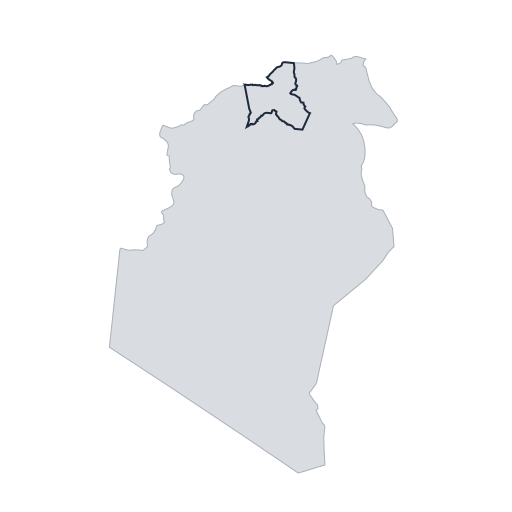 Chad, with Moyen-Chari highlighted, rotated 187°
{"feature_id": "TCD-5583", "entity_name": "Moyen-Chari", "entity_type": "Prefecture", "adm_level": 1, "iso_a3": "TCD", "parent_name": "Chad", "parent_adm1": "", "projection": "albers", "projection_center": [18.828, 9.32], "detail": "fine", "context": "in_parent", "style": "outline", "palette": "slate", "viewbox_px": 512, "rotation_deg": 187, "n_neighbors": 0, "source": "natural_earth", "source_scale": "10m", "svg_char_len": 8069}
<svg xmlns="http://www.w3.org/2000/svg" viewBox="0 0 512 512"><g transform="rotate(187 256 256)"><path d="M390.4,147.6L390.6,159.2L390.7,170.9L390.9,182.6L391.1,194.3L391.3,206.1L391.5,217.8L391.6,229.6L391.8,241.3L391.9,245.3L391.6,246.8L391.4,247.0L390.9,247.3L384.8,246.3L382.1,246.3L378.4,247.2L372.9,247.7L369.3,247.6L366.8,249.7L364.9,252.1L365.9,258.0L365.7,259.9L365.0,261.9L363.4,263.7L361.7,265.1L360.7,266.3L359.5,269.0L358.6,270.2L358.7,271.9L358.4,273.6L357.4,274.6L354.8,275.3L353.2,276.1L351.9,277.3L351.0,278.3L351.5,279.5L352.1,281.2L352.5,283.8L352.8,285.3L354.1,286.5L354.9,287.4L355.1,288.5L354.4,289.4L351.3,291.4L350.0,292.1L348.6,293.1L348.0,293.4L345.7,295.3L344.6,296.9L344.0,298.2L344.1,300.1L345.3,302.8L346.6,305.1L347.1,306.9L347.4,308.8L347.3,310.7L346.7,312.3L345.5,313.7L341.2,316.5L339.1,319.5L337.4,323.1L337.0,325.1L337.5,326.4L338.4,327.5L339.7,328.0L341.6,328.2L344.7,327.5L347.6,327.1L350.7,328.4L352.4,331.4L351.8,333.6L353.0,337.6L354.1,342.4L354.0,344.1L354.5,344.7L356.4,345.0L356.8,346.1L356.3,354.6L357.2,357.0L358.5,358.7L360.0,359.6L361.5,360.7L362.3,361.5L364.0,361.6L365.9,363.2L366.5,365.2L366.4,367.2L365.3,371.6L364.4,374.5L363.3,374.3L361.0,373.6L358.3,373.0L354.8,372.5L351.6,373.8L348.1,375.3L347.1,376.5L346.1,377.1L344.5,377.1L343.1,377.3L342.4,378.4L341.1,379.6L336.1,382.1L335.0,383.0L334.4,383.9L334.4,384.9L334.9,386.9L334.9,389.5L333.8,391.5L332.5,392.9L331.0,393.4L329.8,393.7L329.0,394.6L326.4,399.2L325.3,400.1L322.9,400.0L316.3,407.0L315.7,409.0L313.2,411.9L310.2,415.2L307.4,416.7L307.2,417.3L306.5,418.0L304.8,418.7L298.9,422.6L291.8,422.5L288.7,424.1L285.7,424.7L281.2,425.5L279.9,425.4L274.2,425.8L267.5,425.7L264.9,426.2L262.5,427.7L260.8,429.0L260.5,429.5L260.8,430.0L260.7,430.5L265.4,433.7L266.5,435.2L265.4,436.8L264.8,437.0L264.7,437.1L264.0,438.3L261.2,441.9L257.1,446.2L254.9,447.4L254.1,448.2L252.9,451.1L252.2,451.5L249.4,451.8L243.7,452.1L235.8,453.0L231.1,453.3L228.1,453.1L224.0,455.0L222.5,455.5L221.6,455.7L217.5,457.6L214.1,460.5L212.9,461.0L208.1,462.3L206.2,464.3L205.3,464.5L202.3,461.8L200.2,459.3L199.2,456.8L199.1,456.1L198.5,456.2L196.8,457.3L195.3,458.5L194.6,460.9L189.7,462.4L185.4,463.8L183.5,465.5L180.5,466.3L176.7,465.9L173.8,465.2L170.9,464.9L172.3,462.8L172.9,461.2L173.0,459.2L172.8,457.9L171.1,457.2L170.0,456.2L167.6,450.0L165.1,443.6L161.6,437.4L157.8,433.3L155.0,430.9L154.1,430.5L152.6,429.8L151.6,429.0L146.5,424.7L141.2,419.9L139.9,417.8L137.2,414.5L134.3,411.1L132.8,409.6L132.1,406.8L134.2,404.4L136.4,401.3L139.2,399.3L142.7,399.2L148.4,400.1L154.7,400.5L160.8,399.9L162.4,399.5L164.0,399.5L167.3,400.3L173.1,400.2L176.1,398.9L172.9,396.8L169.5,393.3L166.3,389.5L164.4,386.1L162.6,381.8L161.0,376.4L160.1,369.4L160.3,365.4L160.8,362.6L162.6,358.0L161.5,355.3L161.8,353.2L161.6,350.0L161.1,348.3L158.9,342.9L158.5,342.4L156.5,338.6L155.7,332.5L153.5,328.4L150.0,326.3L148.0,323.9L147.3,319.7L145.9,318.6L140.3,317.0L135.6,316.9L132.2,312.1L127.9,305.9L123.9,300.1L121.5,288.7L120.1,282.2L121.8,280.2L125.2,275.6L129.6,266.8L139.4,253.2L144.3,246.3L154.2,235.9L166.3,223.2L173.1,216.1L174.3,202.9L175.6,189.0L176.6,178.5L177.8,166.1L178.8,155.7L179.5,148.2L180.5,137.5L181.3,135.5L186.0,127.1L186.4,126.0L185.5,124.6L179.0,117.5L176.9,115.9L175.8,112.2L177.5,110.1L169.7,98.1L167.7,96.7L166.9,95.2L166.8,93.1L166.7,84.9L164.8,72.0L162.1,57.0L171.5,52.9L178.5,49.7L187.6,45.7L195.9,50.0L207.9,56.2L220.0,62.3L232.0,68.5L244.1,74.6L256.2,80.8L268.3,86.9L280.4,93.0L292.6,99.1L304.8,105.2L316.9,111.3L329.1,117.4L341.4,123.4L353.6,129.5L365.8,135.5L378.1,141.5L390.4,147.6Z" fill="#d9dde1" stroke="#a8b0b8" stroke-width="1"/><path d="M288.1,424.4L287.7,424.2L287.4,424.7L287.0,424.8L284.8,424.7L284.3,424.8L283.6,424.9L283.3,425.0L283.1,425.0L282.4,425.3L282.1,425.5L280.9,425.5L280.5,425.7L279.8,425.2L279.0,425.4L278.2,425.7L277.6,425.7L277.4,425.8L277.2,425.8L277.0,425.7L275.0,425.7L274.7,425.6L273.7,426.0L273.4,426.1L272.9,426.0L272.4,425.9L272.0,425.7L271.7,425.5L271.4,425.8L271.2,425.7L270.9,425.5L270.6,425.3L270.3,425.3L269.8,425.5L268.7,425.6L268.4,425.7L268.3,426.0L268.1,426.0L267.4,425.9L267.2,425.9L266.3,425.7L265.3,426.0L264.3,426.5L263.7,426.9L263.3,427.3L263.1,427.4L263.1,427.6L262.9,427.7L262.4,427.9L262.0,428.1L261.8,428.2L261.7,428.3L261.6,428.5L261.5,428.8L261.3,428.9L261.1,428.9L260.9,428.8L260.3,429.7L260.3,430.1L260.7,430.5L261.1,430.2L261.3,430.5L261.4,430.9L261.5,431.3L261.8,431.5L265.0,432.9L265.2,433.3L265.6,433.5L266.4,434.1L267.0,434.7L266.1,435.3L265.8,435.7L265.6,435.9L265.3,436.0L264.2,438.2L261.6,441.2L261.3,441.7L261.1,442.3L260.7,442.8L259.9,443.6L258.8,445.3L258.2,445.8L257.7,446.1L256.2,446.6L255.1,447.2L254.2,448.0L253.7,449.0L253.6,450.3L252.9,451.4L250.8,451.9L242.0,452.1L241.5,450.5L241.1,448.6L240.7,447.0L240.8,445.5L240.9,443.7L240.8,442.6L240.1,441.4L239.8,440.2L239.7,438.8L239.2,438.0L238.2,437.3L237.7,436.1L237.6,434.5L237.8,432.9L238.0,432.2L237.8,431.3L237.2,430.8L236.3,430.3L235.9,430.1L235.8,429.8L235.9,429.6L236.0,429.3L236.4,429.1L236.4,428.8L236.2,428.7L236.6,425.9L236.9,425.6L237.0,425.6L237.2,425.8L237.5,426.1L238.0,425.6L238.3,425.5L238.7,425.6L239.1,425.5L239.8,425.0L240.6,424.1L241.2,423.0L241.3,422.2L241.5,422.1L241.8,421.8L241.2,421.1L239.5,420.8L237.3,420.7L235.6,419.9L233.6,418.8L232.1,418.3L231.8,417.3L231.1,415.6L230.5,414.6L229.9,413.9L227.6,414.0L227.2,412.3L226.4,411.2L225.3,410.4L225.9,409.0L226.0,408.7L225.9,408.4L225.5,407.9L225.0,407.3L222.5,405.4L220.5,404.4L220.4,404.4L220.2,404.3L219.9,404.3L225.3,387.1L233.0,386.9L233.2,387.0L233.4,387.1L235.6,389.2L235.7,389.3L235.9,389.4L236.2,389.4L236.4,389.6L236.8,389.8L237.3,389.9L238.0,390.1L238.3,390.2L238.4,390.3L238.5,390.3L238.9,390.1L239.0,390.1L239.3,390.2L239.9,390.3L240.0,390.4L240.2,390.6L240.3,390.6L240.6,390.5L240.7,390.4L240.8,390.3L241.2,390.3L241.3,390.4L241.4,390.5L241.5,390.6L241.5,390.8L241.6,391.1L241.7,391.3L241.9,391.4L242.1,391.4L242.2,391.5L242.4,391.7L242.6,391.7L243.1,391.8L243.3,391.9L243.4,392.2L243.5,392.3L244.1,392.6L244.3,392.8L244.6,393.0L245.7,393.0L246.2,393.1L246.5,393.2L246.8,393.3L247.1,393.7L247.3,393.9L247.5,394.1L249.2,394.6L249.3,394.7L249.4,394.9L249.6,395.2L249.8,395.4L250.0,395.6L250.3,396.0L250.6,396.6L250.8,396.8L251.0,396.9L251.3,397.0L252.0,397.6L252.4,397.9L252.5,398.0L252.6,398.4L252.7,398.5L252.8,398.6L253.2,398.8L253.3,398.9L253.4,399.0L253.5,399.2L253.5,399.5L253.2,401.8L253.3,401.9L253.6,402.1L253.8,402.1L254.0,402.1L254.4,402.1L254.6,402.2L255.2,402.8L255.6,403.0L255.8,403.1L256.0,403.0L256.6,402.8L257.3,402.7L257.5,402.6L257.6,402.4L258.1,399.9L258.3,399.6L258.6,399.5L262.2,399.5L263.6,399.3L264.6,398.8L265.0,398.6L265.4,398.2L265.8,397.7L266.1,397.2L266.4,396.7L266.5,396.4L266.7,396.2L266.8,396.3L267.1,396.2L267.4,395.9L267.6,395.8L267.8,395.9L268.0,395.9L268.1,395.5L268.2,395.1L268.6,394.2L268.9,394.0L269.1,393.9L269.3,393.8L269.6,393.7L269.6,393.4L269.8,393.2L270.0,392.9L270.1,392.7L270.4,392.4L270.7,392.2L270.9,392.1L271.0,392.0L271.0,391.8L271.1,391.7L271.4,391.6L271.5,391.6L271.5,391.4L271.3,391.2L271.4,390.8L271.4,390.7L271.2,390.5L271.1,390.4L271.0,390.2L271.3,390.1L271.7,390.1L271.8,390.1L272.0,389.8L272.0,389.7L272.0,389.4L272.2,389.2L272.3,389.2L272.5,389.1L272.4,388.7L272.5,388.3L272.7,388.0L272.9,387.8L273.1,387.5L273.6,387.0L273.7,386.9L274.0,386.8L274.2,386.6L274.4,386.5L274.6,386.5L274.8,386.4L275.1,386.2L275.4,386.2L275.5,386.2L275.5,386.3L275.5,386.6L275.8,386.7L276.2,386.6L276.4,386.6L277.1,386.4L277.3,386.4L277.5,386.4L278.2,385.3L278.2,385.1L278.2,384.9L278.4,384.8L278.5,384.9L278.6,385.0L278.8,385.1L279.1,384.6L279.2,384.4L279.3,384.3L279.6,384.2L279.6,383.9L279.7,383.7L280.4,383.4L280.9,383.0L279.5,389.9L279.8,391.7L280.1,392.1L280.4,392.8L280.4,393.2L280.4,393.5L280.4,393.8L280.3,394.0L280.2,394.1L280.0,394.3L279.9,394.4L279.9,394.5L279.8,394.9L279.7,395.1L279.8,395.3L279.7,395.5L279.5,395.8L279.4,396.0L279.5,396.4L279.5,396.6L279.4,396.7L279.0,397.0L278.9,397.1L278.7,397.3L278.6,397.5L278.7,397.8L280.7,401.4L288.1,424.4L288.1,424.4Z" fill="none" stroke="#1e293b" stroke-width="2"/></g></svg>